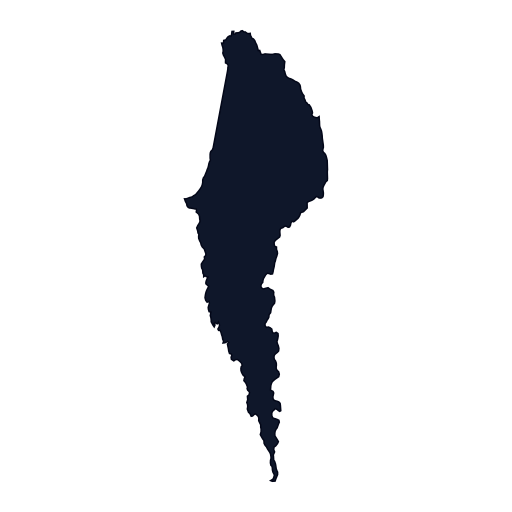 Bandeirantes do Tocantins, Tocantins, Brazil
{"feature_id": "56859067B76010541703685", "entity_name": "Bandeirantes do Tocantins", "entity_type": "district", "adm_level": 2, "iso_a3": "BRA", "parent_name": "Brazil", "parent_adm1": "Tocantins", "projection": "equal_earth", "projection_center": [-48.669, -7.991], "detail": "fine", "context": "isolated", "style": "filled", "palette": "ink", "viewbox_px": 512, "rotation_deg": 0, "n_neighbors": 0, "source": "geoboundaries", "source_scale": "gbopen_adm2", "svg_char_len": 6055}
<svg xmlns="http://www.w3.org/2000/svg" viewBox="0 0 512 512"><path d="M184.5,198.8L185.4,201.4L186.6,203.6L187.0,205.8L188.2,207.4L189.4,208.0L190.8,208.1L192.3,208.4L193.5,208.6L194.7,208.9L196.0,208.9L196.6,210.2L196.2,212.0L197.4,213.0L198.7,214.2L199.5,216.3L199.7,219.1L200.1,221.1L199.3,223.2L197.8,225.5L196.7,227.9L197.7,230.9L198.0,233.0L198.9,234.3L198.6,236.2L198.7,238.4L199.7,240.9L200.7,242.7L201.2,244.9L202.3,247.0L204.2,248.9L205.2,251.8L205.9,253.8L205.7,255.5L204.3,256.9L204.6,259.1L202.4,262.3L201.3,264.1L201.4,266.3L201.7,268.1L202.6,269.8L202.9,273.2L203.7,274.6L203.7,276.7L205.2,275.7L206.3,276.7L208.0,277.0L207.1,278.7L206.3,280.7L205.9,282.2L205.9,283.8L207.2,285.0L208.7,286.3L206.8,290.1L206.2,291.6L205.7,293.3L205.4,294.8L205.0,297.7L205.7,300.3L207.1,302.2L209.1,301.2L209.4,303.4L208.7,305.6L208.2,307.4L208.4,309.3L209.1,311.7L210.9,312.1L210.3,315.6L210.9,317.7L211.2,320.1L211.2,321.8L213.0,325.2L214.2,326.9L215.0,325.0L213.9,323.6L215.1,322.4L216.0,323.4L217.4,323.8L218.3,322.0L219.3,324.0L219.5,325.5L219.0,327.1L217.9,329.0L218.6,330.4L220.1,330.4L221.0,332.4L221.6,334.7L222.3,336.7L222.7,339.2L223.6,341.3L223.0,343.0L224.8,342.8L226.2,342.2L227.5,341.3L228.8,342.5L227.4,344.0L228.4,348.8L228.7,351.0L229.5,353.5L231.0,353.8L231.9,355.3L231.1,357.2L231.4,359.3L233.8,360.9L235.6,359.6L237.4,359.5L238.8,360.5L240.4,361.9L241.5,363.1L242.3,365.4L241.2,366.8L240.9,368.5L241.0,370.6L241.6,372.4L242.3,373.8L243.3,375.5L245.1,376.7L244.2,378.8L243.9,380.7L245.1,382.0L246.2,383.7L247.5,387.0L247.1,388.6L247.7,390.2L248.8,391.2L249.6,392.5L249.0,394.9L247.4,396.2L247.7,399.8L246.8,402.5L247.6,404.7L247.7,406.8L247.3,409.0L248.5,412.3L249.9,413.5L251.2,416.3L252.6,416.0L254.0,414.6L255.4,413.8L257.1,415.2L258.4,416.6L258.8,418.4L258.7,420.7L259.8,423.0L260.7,424.8L260.7,427.3L261.1,428.9L261.1,431.7L260.3,434.6L261.0,435.9L262.7,438.9L263.9,440.4L264.1,443.4L265.1,445.3L266.5,446.9L267.5,448.9L269.8,452.4L270.5,454.0L271.0,456.9L271.0,458.5L270.5,460.3L270.4,462.9L270.9,465.3L271.9,466.2L272.3,467.8L272.4,469.9L272.9,472.0L274.4,475.0L273.7,477.6L272.9,479.2L270.6,480.6L272.3,481.3L275.1,481.1L275.9,478.7L277.6,474.6L277.6,472.1L276.9,470.7L276.2,468.7L275.8,465.8L275.5,464.0L274.6,461.4L273.7,460.1L273.5,456.5L273.3,454.9L274.6,451.9L273.7,449.7L274.0,447.1L275.7,445.9L277.5,443.6L278.4,441.6L277.3,439.7L274.9,435.8L274.8,433.5L275.1,431.3L276.0,429.3L277.1,427.9L278.5,424.0L279.3,422.2L278.9,420.3L277.3,419.5L275.5,418.8L274.0,418.4L272.7,417.8L271.8,415.6L271.8,412.8L272.7,411.1L274.1,409.9L275.2,408.7L276.9,409.3L278.4,410.6L279.7,411.4L280.8,410.7L280.4,405.2L280.1,403.3L278.8,401.9L277.0,401.2L275.3,400.8L274.0,400.2L273.0,398.6L272.9,396.7L273.7,393.0L273.0,391.4L270.5,390.1L270.7,387.6L270.8,385.8L271.3,383.8L272.2,381.8L273.8,380.3L275.1,379.2L278.7,376.7L279.3,374.2L278.6,371.7L277.1,370.4L276.2,368.6L276.2,366.8L276.4,365.2L276.3,363.2L275.6,361.1L274.4,359.5L274.0,357.9L274.1,355.9L274.7,354.6L276.0,353.4L277.3,352.4L278.6,351.0L278.9,348.4L278.3,345.8L277.5,343.9L276.9,341.7L277.5,339.8L277.9,337.9L278.2,335.9L278.0,333.5L276.2,332.3L274.4,333.2L273.1,333.0L272.2,331.6L271.8,329.1L270.2,327.8L268.4,327.0L266.4,327.4L265.1,325.8L265.0,323.6L266.2,322.0L267.1,320.1L268.1,318.7L268.8,317.3L269.1,314.6L270.6,312.7L271.3,308.4L272.0,306.5L273.2,304.8L274.5,303.3L274.9,301.0L274.5,297.2L273.8,295.7L273.6,294.1L273.8,292.2L272.9,290.5L271.4,289.8L269.7,289.0L268.1,287.7L264.8,288.5L263.7,289.0L262.1,288.4L261.0,287.0L261.0,285.0L261.7,283.5L262.7,282.5L262.9,280.7L263.4,278.7L265.8,274.6L267.4,273.2L269.1,273.6L270.7,274.2L272.5,273.9L273.1,271.7L273.4,269.7L273.8,268.1L274.2,266.4L274.7,262.7L275.3,261.1L275.9,258.5L276.8,256.1L277.5,253.5L277.3,251.6L276.5,249.4L276.5,247.0L274.7,246.3L274.2,244.4L274.1,242.3L275.3,240.4L279.6,237.0L280.1,235.4L279.8,231.7L280.0,229.6L280.9,228.3L282.8,227.7L284.1,226.6L285.5,226.0L286.8,226.5L288.1,227.3L289.5,227.0L290.4,225.4L291.0,222.6L292.1,221.3L293.7,221.8L295.0,220.9L298.0,218.3L298.8,217.2L299.8,215.3L300.6,212.7L303.5,211.7L304.7,210.5L307.2,208.0L307.1,202.5L308.8,201.4L310.6,200.8L312.2,200.1L313.9,199.0L315.2,197.6L316.5,196.5L317.8,197.0L318.9,197.9L320.1,198.1L321.7,197.9L323.0,196.7L323.3,195.0L323.4,193.0L323.1,190.9L322.8,189.0L323.1,187.1L323.8,185.5L325.8,181.8L327.3,180.5L327.5,178.6L327.3,171.9L327.5,169.6L327.3,163.1L327.2,160.4L326.5,157.5L325.8,155.2L324.7,153.4L323.6,152.5L322.7,151.0L322.9,149.1L323.4,147.3L323.3,145.1L322.3,138.1L322.2,136.0L321.9,133.4L321.5,131.1L320.8,129.2L319.9,127.2L319.6,125.4L319.5,121.7L319.3,119.7L319.1,116.6L317.5,117.7L316.3,117.7L314.2,117.1L312.6,116.2L311.8,114.6L312.5,112.9L312.2,111.1L310.9,107.4L309.2,104.8L307.9,104.5L306.8,102.8L305.7,102.1L305.0,99.9L304.0,98.0L304.1,95.9L302.6,93.9L301.6,91.9L300.6,89.1L300.4,86.8L300.0,85.1L298.7,83.2L297.0,82.1L295.0,81.3L292.8,79.8L290.7,78.8L288.9,78.3L287.6,77.5L286.2,76.3L285.3,74.0L284.7,71.5L283.8,69.8L284.3,67.6L284.4,64.8L284.8,61.6L283.0,59.5L279.9,54.6L278.4,54.0L275.0,53.8L272.3,54.4L269.8,54.3L265.0,53.9L263.0,54.5L261.1,54.4L259.7,50.4L258.3,50.6L256.8,45.1L255.6,42.8L254.7,40.5L253.4,38.9L252.1,38.5L250.5,35.4L250.2,33.3L248.9,33.6L247.2,33.4L245.2,31.9L244.0,32.0L242.4,30.7L241.0,31.0L239.5,32.5L237.6,32.8L235.9,32.9L235.1,34.2L233.7,34.2L233.8,31.3L232.0,31.4L231.6,34.2L231.1,36.0L229.5,35.9L227.9,36.9L226.9,38.2L225.8,39.9L223.7,40.4L223.5,43.1L221.6,43.1L222.1,45.3L222.8,47.3L223.1,49.2L223.2,51.2L222.8,53.0L223.4,55.0L224.7,57.4L225.6,59.5L225.5,61.0L225.5,62.9L227.5,64.0L228.3,65.8L227.9,67.3L227.8,69.2L227.4,71.7L213.1,148.0L212.2,150.1L210.9,151.3L210.3,152.8L210.1,154.4L210.1,156.1L210.1,158.1L210.4,160.2L209.5,161.8L208.9,163.6L208.5,165.7L208.0,167.7L207.2,169.5L206.6,171.4L205.9,173.0L204.6,176.3L203.4,177.8L202.7,180.0L202.7,182.5L202.3,184.6L201.6,186.6L200.3,188.7L198.8,190.8L197.2,192.7L196.0,194.2L194.8,195.1L193.5,195.8L192.3,196.8L191.1,197.2L189.7,197.5L188.0,198.2L186.2,198.8L184.5,198.8Z" fill="#0f172a" stroke="#020617" stroke-width="1.5"/></svg>